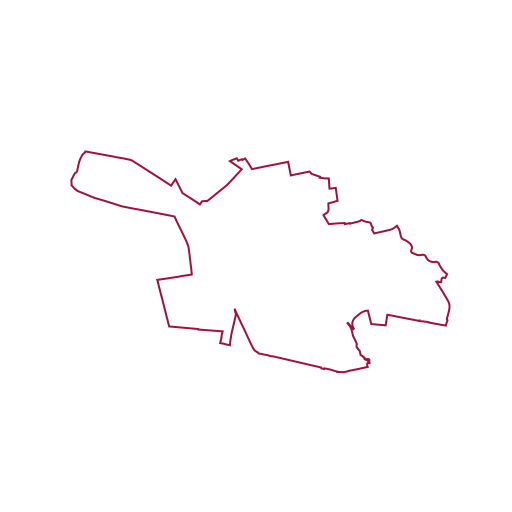 outline of Ploiesti, Prahova, Romania, rotated 27°
{"feature_id": "2599482B50570705182047", "entity_name": "Ploiesti", "entity_type": "district", "adm_level": 2, "iso_a3": "ROU", "parent_name": "Romania", "parent_adm1": "Prahova", "projection": "equal_earth", "projection_center": [26.026, 44.932], "detail": "fine", "context": "isolated", "style": "outline", "palette": "rose", "viewbox_px": 512, "rotation_deg": 27, "n_neighbors": 0, "source": "geoboundaries", "source_scale": "gbopen_adm2", "svg_char_len": 5979}
<svg xmlns="http://www.w3.org/2000/svg" viewBox="0 0 512 512"><g transform="rotate(27 256 256)"><path d="M210.6,358.2L237.7,347.3L238.0,347.7L260.5,338.3L260.9,339.9L261.1,340.6L261.0,340.9L262.1,344.3L262.3,344.3L263.6,349.9L266.7,348.9L268.3,348.6L269.0,348.5L272.6,347.5L273.3,347.3L271.5,342.9L270.6,339.8L270.4,339.4L270.2,338.6L269.9,337.9L269.7,337.3L268.9,334.3L267.5,328.5L266.9,326.2L264.8,317.8L264.5,317.0L264.2,316.6L262.5,314.8L261.1,312.8L260.9,312.5L261.2,312.9L262.3,314.0L264.1,315.4L265.4,316.5L269.4,319.5L271.8,321.4L272.3,321.9L278.0,326.1L289.8,335.4L295.5,339.7L297.7,340.8L300.0,341.1L301.5,341.1L302.4,341.6L303.1,341.5L304.4,341.0L308.3,340.1L308.7,339.9L310.8,339.3L311.9,339.0L313.1,338.9L314.2,338.6L315.0,338.4L316.4,337.8L317.8,337.4L364.6,325.8L365.3,326.5L368.0,325.8L367.9,325.1L371.1,324.1L374.1,323.4L378.8,322.6L381.0,322.1L381.1,322.4L387.0,319.6L389.4,317.7L390.1,317.1L390.4,316.6L390.8,316.3L395.4,312.6L396.4,311.9L403.3,306.2L405.9,304.2L405.4,303.7L404.6,302.8L404.1,301.8L403.9,301.1L403.9,300.9L404.1,300.5L404.4,300.4L404.8,300.4L405.6,300.2L405.8,299.6L405.7,299.5L405.3,299.2L404.5,298.6L404.4,297.9L404.5,297.6L404.0,296.9L403.8,296.8L403.7,296.9L403.7,297.1L403.9,297.4L403.9,297.6L403.7,297.8L403.7,298.2L403.2,298.4L403.0,298.6L402.8,298.5L402.6,298.3L402.1,297.9L402.0,297.3L402.0,297.2L401.8,297.3L401.7,297.4L401.9,298.0L401.9,298.4L401.7,298.5L401.1,298.5L401.0,298.4L401.0,298.2L400.9,298.2L400.8,298.5L400.6,298.6L400.0,298.2L399.7,298.3L399.5,298.5L399.3,298.4L399.1,298.1L399.1,297.8L398.9,297.4L398.7,297.3L398.2,297.3L397.9,297.2L397.6,297.3L397.3,297.2L397.0,297.1L396.4,296.9L396.2,296.7L395.4,296.8L394.4,296.8L394.1,296.7L393.7,296.3L393.0,295.3L392.4,294.6L392.0,294.3L391.8,293.8L391.6,293.6L391.2,293.3L389.9,292.9L389.5,292.8L388.8,292.2L388.6,292.1L387.5,291.8L387.2,291.6L386.8,291.1L386.6,290.7L386.2,290.2L386.1,289.9L386.0,289.6L386.0,289.2L385.8,288.6L383.7,286.9L383.2,286.6L382.9,286.2L378.8,283.2L378.2,282.5L375.3,279.1L374.4,278.1L373.9,277.6L372.0,276.2L370.2,275.3L368.1,274.4L368.1,274.1L368.2,273.9L370.4,274.8L375.9,277.0L376.1,276.3L375.4,275.8L374.4,275.0L373.6,274.2L372.9,273.1L372.3,272.2L372.0,271.2L371.8,270.2L371.8,269.4L371.8,267.6L371.9,267.0L372.1,266.4L372.6,265.0L374.0,261.8L374.9,259.9L375.5,258.7L376.4,257.5L377.1,256.6L377.6,256.0L379.1,254.7L380.5,253.9L389.6,264.3L395.8,261.8L403.0,258.9L399.7,248.8L399.7,248.7L400.0,248.5L400.9,248.4L404.4,247.3L408.4,246.2L414.7,244.4L429.7,240.1L430.7,239.4L430.8,239.9L432.6,239.3L434.5,238.4L435.4,238.1L435.6,238.1L438.1,237.1L439.7,236.7L439.7,236.9L446.1,235.1L447.6,234.6L454.1,232.7L454.7,232.5L454.7,232.4L455.7,232.1L456.7,231.8L456.5,230.9L456.1,228.5L456.1,228.2L455.9,227.3L455.9,226.8L455.7,226.3L455.7,226.2L455.4,226.0L455.2,226.0L454.9,225.7L454.7,225.6L452.8,217.1L452.0,214.5L451.4,213.2L450.5,211.7L449.5,210.5L448.6,209.7L447.8,209.0L438.8,203.3L432.2,199.3L430.3,198.2L428.4,197.0L429.5,196.2L429.8,196.6L432.8,195.3L432.4,194.0L431.8,192.2L431.7,191.8L431.7,191.5L431.9,191.0L432.4,190.5L432.4,190.4L434.1,189.8L434.5,189.7L434.5,185.4L432.0,184.9L430.3,184.4L428.3,183.7L423.9,181.0L423.2,180.4L421.9,179.4L421.2,179.2L420.2,179.1L419.4,179.3L419.1,179.4L417.3,180.6L416.3,181.2L413.8,181.7L413.2,181.7L411.9,181.6L410.7,181.4L410.1,181.1L408.3,180.1L406.9,179.0L406.4,178.8L405.7,178.7L404.8,178.9L404.0,179.2L402.9,179.9L402.2,180.5L400.5,181.4L399.9,181.7L398.9,181.9L398.2,181.9L395.9,182.2L394.3,182.2L393.8,182.4L393.2,182.2L392.7,182.0L392.0,181.4L391.9,180.9L391.7,180.2L391.6,179.3L391.2,177.7L390.6,176.9L389.8,176.2L388.4,175.3L387.0,174.8L384.6,174.4L383.6,174.3L382.6,174.2L381.2,174.2L379.9,174.4L378.6,174.2L377.9,174.1L377.0,173.4L375.8,172.3L372.9,168.8L371.9,167.7L370.9,166.9L369.1,166.1L368.7,165.8L368.5,165.3L367.9,165.0L366.1,168.7L365.6,169.4L364.9,170.4L363.6,171.7L362.8,172.5L351.1,182.2L349.5,181.2L347.5,180.0L347.4,179.5L347.5,177.9L347.2,177.5L346.1,177.2L345.6,176.8L344.9,176.3L343.5,174.8L342.9,174.6L342.2,174.5L341.2,174.7L339.0,175.4L337.6,175.7L335.9,175.9L334.0,176.0L333.6,176.0L333.0,176.9L332.8,177.3L332.8,177.6L332.6,177.9L330.1,180.1L328.0,181.9L325.1,184.5L324.7,184.1L320.6,187.3L320.1,186.8L319.9,186.4L318.3,187.4L314.8,189.3L306.5,194.5L300.7,191.0L297.6,189.0L297.5,188.9L298.9,186.2L299.3,186.0L299.7,185.2L299.9,184.5L299.8,183.2L299.5,181.5L296.6,176.3L298.6,174.5L303.6,169.8L296.1,159.1L292.0,162.0L290.9,162.6L289.9,161.0L285.6,153.8L282.7,155.3L281.1,156.0L277.2,157.3L277.0,156.3L268.3,157.6L265.4,156.4L250.4,168.4L241.9,157.5L233.6,164.1L223.1,172.3L218.3,176.2L217.0,177.2L213.0,180.4L207.1,176.8L202.0,174.0L200.4,176.4L200.3,176.6L199.5,176.2L196.9,179.2L194.5,177.7L191.0,181.6L189.7,183.3L203.9,185.2L198.9,202.9L197.9,206.0L196.5,209.3L190.6,222.5L187.5,229.4L187.1,229.3L183.0,231.8L182.9,232.9L182.6,235.6L179.9,235.3L179.9,235.1L161.9,233.3L149.4,224.1L148.4,231.9L147.0,231.8L146.8,231.7L132.9,230.2L112.6,228.2L103.3,227.3L102.2,227.2L101.3,227.2L100.9,227.3L99.6,227.6L93.7,229.2L87.6,231.1L81.9,232.7L56.5,240.3L56.5,240.8L56.5,242.0L55.7,243.3L55.6,244.2L55.3,245.1L55.3,245.4L55.3,246.2L55.4,247.3L55.3,248.9L55.4,249.4L55.4,250.3L55.6,250.9L55.6,251.9L56.0,253.8L56.6,255.8L56.9,257.5L57.1,258.1L57.3,258.7L57.5,259.8L58.0,260.9L58.1,261.8L58.0,262.6L57.9,263.2L57.6,263.7L57.5,263.8L57.3,264.0L57.2,264.1L57.1,264.4L56.9,266.8L57.1,269.3L56.9,271.3L56.9,271.7L57.3,272.6L57.6,273.2L58.2,274.2L59.4,276.2L59.4,276.7L64.5,278.6L65.9,278.6L66.1,278.8L66.2,279.0L68.8,279.0L73.6,278.5L81.8,277.9L85.6,277.5L89.8,276.8L92.7,276.2L93.4,276.1L94.8,275.8L114.1,272.6L126.1,269.2L130.6,267.8L151.3,261.8L162.9,258.5L165.5,257.8L169.4,261.0L180.0,268.9L187.4,274.6L190.4,277.3L191.0,277.8L192.3,279.4L192.7,280.0L194.3,282.2L201.5,293.0L203.6,296.0L207.2,301.7L198.9,307.6L196.3,309.7L194.6,310.8L192.9,312.1L188.2,315.5L178.9,322.1L187.9,332.4L192.4,337.4L198.3,344.2L210.6,358.2Z" fill="none" stroke="#9f1239" stroke-width="2"/></g></svg>